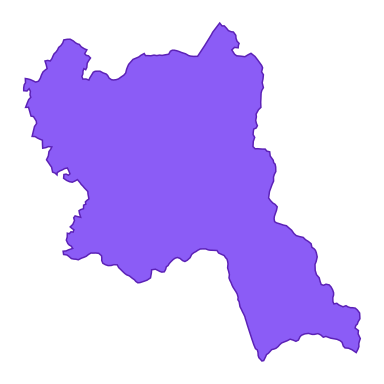 Bela Vista de Goiás, Goiás, Brazil (Natural Earth projection)
{"feature_id": "56859067B69163020659115", "entity_name": "Bela Vista de Goiás", "entity_type": "district", "adm_level": 2, "iso_a3": "BRA", "parent_name": "Brazil", "parent_adm1": "Goiás", "projection": "natural_earth1", "projection_center": [-48.916, -16.973], "detail": "fine", "context": "isolated", "style": "filled", "palette": "violet", "viewbox_px": 384, "rotation_deg": 0, "n_neighbors": 0, "source": "geoboundaries", "source_scale": "gbopen_adm2", "svg_char_len": 5553}
<svg xmlns="http://www.w3.org/2000/svg" viewBox="0 0 384 384"><path d="M34.5,126.5L32.1,136.4L35.2,136.6L37.4,138.0L39.9,139.2L42.4,140.2L42.5,144.6L42.7,148.2L46.0,147.6L48.3,146.6L51.8,146.9L50.7,149.2L49.0,151.5L48.3,156.0L46.5,159.8L49.0,163.4L50.3,165.4L51.6,167.2L52.0,169.3L52.6,172.1L55.1,173.1L57.0,174.9L57.2,172.6L59.9,170.9L62.3,169.9L64.6,168.6L67.4,168.0L68.7,170.7L70.0,173.8L68.5,175.2L66.1,174.1L63.9,174.5L63.6,178.3L66.6,180.4L69.5,181.7L72.3,182.2L75.4,180.8L77.4,179.6L79.9,182.5L81.2,184.4L82.9,186.1L84.3,187.8L86.3,189.9L87.8,191.5L88.0,194.0L88.9,198.9L86.9,200.4L85.4,201.9L85.8,204.2L83.6,205.1L83.5,208.7L80.7,209.6L79.0,210.7L79.5,213.5L80.7,217.3L78.0,216.7L75.1,215.9L73.7,217.8L74.5,220.6L72.8,224.4L70.2,226.9L71.8,228.3L73.9,229.8L73.1,232.1L71.0,231.8L69.3,233.7L67.3,233.2L67.2,237.1L66.3,240.1L67.9,243.6L69.3,245.1L71.2,246.1L72.7,248.4L68.6,249.8L66.2,250.9L63.1,251.2L63.6,254.5L66.7,254.9L68.4,256.0L71.4,258.6L74.0,259.1L75.9,259.2L78.3,259.8L81.4,258.2L83.9,257.3L86.2,256.3L88.6,254.4L91.0,253.0L92.9,253.1L95.6,253.0L98.7,253.3L101.5,255.7L101.8,258.1L101.7,260.5L102.9,263.3L105.4,264.7L108.1,265.6L111.1,265.5L113.8,264.7L117.2,264.8L118.7,267.6L121.0,269.8L122.7,271.5L124.7,273.4L126.6,274.8L129.4,275.9L132.2,278.2L134.5,279.8L135.8,281.4L137.8,282.8L140.0,282.6L142.1,281.9L144.2,281.2L147.0,280.2L150.5,277.9L151.4,272.8L151.6,269.8L155.4,269.2L157.9,270.4L159.8,271.4L161.8,272.1L164.3,271.8L165.6,269.5L166.3,266.8L168.1,265.5L169.2,263.6L171.1,261.5L173.3,259.4L175.3,258.1L177.4,257.5L180.0,258.4L182.6,260.6L184.9,261.5L187.2,260.3L190.1,257.7L191.7,254.4L193.8,252.7L195.9,251.6L197.9,250.2L200.3,249.0L203.4,248.9L205.7,248.9L208.3,249.9L210.2,250.2L212.9,250.3L217.0,250.5L218.6,253.0L221.4,254.3L224.1,255.5L225.6,257.7L227.0,259.2L227.7,261.7L228.0,263.9L227.6,267.9L228.6,271.2L229.4,274.6L229.0,277.9L229.8,280.1L231.1,282.7L232.1,285.3L233.1,287.3L234.9,290.1L236.0,291.8L237.2,294.0L238.1,297.2L237.9,299.8L239.1,301.6L239.6,304.5L240.0,306.7L241.4,309.4L242.5,311.8L243.8,314.3L244.9,316.7L245.4,318.8L246.3,321.4L247.1,324.2L248.6,328.9L249.6,332.0L251.0,336.3L251.9,339.1L252.7,341.4L253.8,344.7L255.5,348.7L257.3,349.9L258.0,352.4L258.2,355.6L258.9,357.7L260.4,359.3L261.9,361.0L263.7,360.6L265.5,357.0L266.5,354.6L268.5,353.2L271.7,349.6L274.4,348.9L276.1,348.2L278.2,346.5L279.6,344.8L281.6,343.0L284.0,342.0L287.3,340.7L290.1,339.2L293.1,340.1L295.9,341.3L298.4,340.1L300.0,336.8L301.4,335.3L304.7,333.9L308.5,333.4L312.2,334.4L314.2,334.4L318.0,333.6L320.7,334.9L323.3,337.2L325.9,336.4L327.8,337.1L330.8,338.2L334.8,338.9L337.0,339.3L340.2,340.7L342.1,342.4L343.3,346.1L345.0,347.9L348.5,348.2L352.1,349.8L356.2,352.6L358.0,349.1L358.9,346.6L358.8,343.6L359.5,340.9L360.3,338.6L358.1,333.8L358.4,330.5L355.1,328.0L355.8,325.5L357.3,324.1L358.1,321.8L359.9,318.8L359.8,316.3L359.6,313.0L357.4,310.0L355.2,308.1L352.4,307.7L350.5,307.7L348.0,306.9L346.0,305.7L343.0,306.8L339.0,305.0L336.8,303.3L333.9,303.9L332.9,301.6L332.8,297.6L333.6,295.0L333.6,292.8L332.7,290.0L331.1,287.0L329.2,284.9L326.0,284.2L323.5,285.3L321.2,284.5L320.1,281.4L319.2,277.8L316.5,274.7L315.2,270.4L315.0,264.4L316.2,261.4L317.2,256.9L316.3,252.7L315.4,250.3L314.0,248.7L311.9,247.3L311.1,243.7L308.4,241.5L305.5,239.7L303.2,237.4L299.6,236.6L296.2,235.6L293.9,233.5L291.6,230.2L288.9,227.9L286.4,225.7L283.5,225.1L280.0,223.9L276.4,222.8L274.6,221.6L274.1,218.8L274.4,216.3L275.6,212.8L276.5,210.3L277.2,206.8L275.1,204.4L272.8,203.0L270.6,200.7L268.6,198.0L269.5,191.5L270.9,187.7L272.1,184.4L273.6,181.1L273.5,177.0L274.4,174.2L275.8,171.6L275.7,167.0L275.1,164.1L273.7,162.7L273.2,160.2L270.2,156.0L269.7,151.8L266.8,151.1L265.2,149.1L262.7,149.1L259.9,148.9L257.5,148.7L255.1,148.8L253.0,146.6L253.3,141.4L254.7,137.4L253.1,134.6L253.3,131.9L253.7,129.1L256.2,128.0L257.4,125.7L256.4,123.4L255.7,120.4L256.4,116.9L256.1,114.1L258.5,109.7L260.9,107.4L260.7,102.3L260.9,98.4L261.1,93.0L261.8,90.4L263.4,87.7L262.2,82.7L263.0,78.8L263.4,74.7L261.6,71.9L262.6,67.8L261.6,65.4L257.7,60.0L255.0,56.5L251.0,53.3L248.2,54.7L244.9,56.7L241.1,56.2L236.7,55.8L234.6,54.3L231.8,49.9L234.5,47.4L238.2,47.8L238.4,45.4L239.1,43.4L237.1,41.3L236.0,38.3L235.8,35.3L233.4,32.0L231.1,31.7L228.4,30.6L226.4,28.1L224.3,25.9L222.0,25.9L219.7,23.0L212.7,32.2L211.4,34.7L204.6,45.7L197.6,56.3L193.7,56.4L190.6,56.1L188.7,55.6L185.6,53.8L181.5,52.5L179.1,51.5L176.6,50.7L174.2,50.2L172.3,50.2L170.4,51.2L168.7,54.2L164.7,54.9L162.2,55.4L159.5,55.1L156.8,55.6L154.0,55.1L150.7,55.8L147.9,55.6L145.5,55.6L144.2,53.5L140.9,55.3L138.7,57.0L133.0,59.4L130.8,61.9L128.7,64.3L127.6,66.7L126.6,69.3L125.7,73.0L123.8,75.2L121.1,77.0L118.5,78.9L116.1,79.7L113.4,80.0L111.5,79.7L109.1,78.1L107.6,75.4L106.2,74.0L103.1,72.9L100.0,71.2L97.5,71.2L95.1,71.3L93.3,72.2L91.5,75.2L89.7,78.1L88.9,80.1L86.0,79.0L82.9,79.1L81.9,76.5L82.9,73.9L83.0,71.0L83.9,68.7L85.7,69.7L86.8,67.5L87.2,63.2L88.6,60.8L90.5,58.0L88.4,55.8L86.3,55.4L84.7,53.7L86.9,49.8L84.4,48.8L81.2,46.8L79.3,44.4L77.5,43.9L75.5,42.8L73.4,41.0L70.2,39.2L67.1,39.3L63.8,39.9L62.8,42.9L60.9,45.6L58.7,47.4L57.5,49.9L56.1,51.9L54.1,53.8L53.0,56.0L51.9,58.7L50.2,61.0L47.7,60.4L45.0,61.0L46.2,64.8L47.1,68.6L45.0,70.2L43.1,71.8L41.6,74.7L40.3,78.3L38.5,81.2L35.7,82.1L32.8,80.7L30.4,79.6L27.7,78.9L25.3,78.5L25.5,82.8L24.2,84.8L23.7,87.9L23.7,90.7L27.0,91.0L29.1,88.7L30.4,91.2L30.0,94.9L30.8,97.3L28.7,99.6L27.4,102.7L25.6,107.4L28.5,107.3L29.8,111.7L31.0,116.1L33.5,116.6L35.0,119.0L36.2,120.9L36.6,123.5L34.5,126.5Z" fill="#8b5cf6" stroke="#5b21b6" stroke-width="1.5"/></svg>